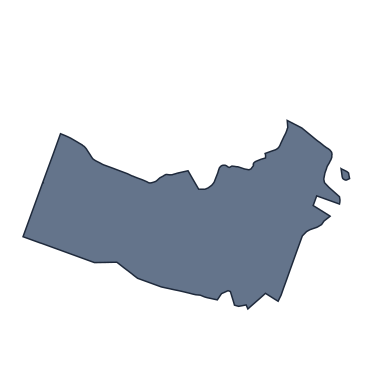 outline of Kitaf wa Al Boqa', Sa`dah, Yemen, rotated 200°
{"feature_id": "15242507B97020865976232", "entity_name": "Kitaf wa Al Boqa'", "entity_type": "district", "adm_level": 2, "iso_a3": "YEM", "parent_name": "Yemen", "parent_adm1": "Sa`dah", "projection": "robinson", "projection_center": [44.286, 17.087], "detail": "fine", "context": "isolated", "style": "filled", "palette": "slate", "viewbox_px": 384, "rotation_deg": 200, "n_neighbors": 0, "source": "geoboundaries", "source_scale": "gbopen_adm2", "svg_char_len": 4291}
<svg xmlns="http://www.w3.org/2000/svg" viewBox="0 0 384 384"><g transform="rotate(200 192 192)"><path d="M335.5,92.2L330.5,92.2L328.5,92.2L327.7,92.2L318.6,92.2L317.6,92.2L315.3,92.3L310.9,92.3L304.7,92.3L298.2,92.3L291.8,92.3L285.3,92.3L278.9,92.3L275.9,92.3L272.4,92.3L266.0,92.3L259.5,92.3L254.3,94.3L249.8,96.0L243.9,98.3L238.6,100.3L234.5,99.0L230.3,97.6L226.1,96.3L221.9,95.0L217.8,93.6L213.6,92.3L207.3,92.3L201.8,92.3L196.3,92.3L196.2,92.3L195.7,92.3L194.7,92.3L188.4,92.3L183.9,92.9L178.9,93.6L178.7,93.6L174.3,94.2L172.4,94.5L169.6,94.9L164.6,95.5L162.6,95.7L160.2,96.0L156.7,96.3L153.5,96.7L148.9,97.9L144.4,97.7L141.6,97.9L137.2,98.5L134.8,98.8L131.3,99.3L130.4,103.0L129.5,106.6L126.7,109.3L124.4,111.6L121.9,111.6L119.1,107.9L114.8,102.2L113.4,100.2L109.1,100.5L106.0,102.3L102.5,104.4L99.5,101.2L97.7,104.6L94.8,109.9L92.2,114.6L88.3,121.9L80.9,120.3L77.7,119.6L77.2,119.5L73.7,118.8L73.4,122.0L73.0,125.5L73.1,133.3L73.1,134.8L73.1,135.9L73.1,138.0L73.1,140.7L73.2,153.2L73.3,172.5L73.3,179.1L73.3,188.5L70.8,194.0L68.3,196.9L62.2,201.9L59.1,205.7L58.4,208.4L58.0,209.9L53.9,216.5L54.1,216.6L73.5,220.7L73.5,225.1L73.5,231.0L72.6,231.0L52.5,231.1L49.3,231.1L49.6,233.0L50.2,235.1L51.8,238.0L64.9,243.2L70.7,246.1L72.6,249.2L73.6,255.4L73.6,260.0L73.7,260.8L73.7,262.7L73.6,262.8L73.5,263.5L73.3,264.6L73.1,265.5L73.0,266.2L72.9,266.5L72.9,267.2L72.8,268.1L72.6,269.2L72.5,269.8L72.5,271.1L72.5,271.7L72.5,272.4L72.8,273.3L73.2,274.4L73.3,275.3L73.8,276.1L74.1,276.7L74.5,277.2L75.0,277.5L75.9,278.1L76.4,278.4L77.0,278.7L78.3,279.1L79.3,279.4L80.1,279.5L80.7,279.6L81.7,279.9L81.8,279.9L82.3,280.1L83.1,280.3L83.8,280.5L84.4,280.7L85.2,281.0L86.3,281.4L87.0,281.6L87.8,281.9L88.7,282.2L89.0,282.3L90.9,282.8L91.9,283.1L93.1,283.5L110.6,289.7L127.0,291.8L125.9,289.4L124.0,285.2L124.1,284.1L124.1,283.5L124.0,282.9L124.0,282.0L124.0,280.9L124.0,280.0L124.2,277.9L124.5,275.8L125.2,268.2L125.3,265.8L125.7,263.9L126.4,262.2L127.9,260.3L131.5,257.4L136.5,253.2L135.8,252.3L135.4,251.6L134.8,249.9L134.6,249.1L138.3,246.4L141.2,243.8L142.9,242.2L143.9,240.4L143.9,240.2L144.0,239.9L143.9,239.4L143.9,239.0L143.8,238.8L143.7,238.6L143.4,238.4L143.4,238.0L143.4,237.7L143.4,237.4L144.1,235.2L144.4,234.0L145.5,232.8L146.6,232.2L147.6,232.1L149.9,231.7L150.6,231.6L154.6,231.5L157.3,231.4L157.5,231.4L157.9,231.3L158.5,231.1L159.1,230.9L159.8,230.8L160.4,230.7L161.0,230.6L161.6,230.4L162.3,230.3L163.0,230.1L163.4,230.0L164.1,229.2L164.6,228.6L165.1,228.0L165.7,227.8L166.3,227.8L167.3,228.0L168.4,228.4L169.8,228.5L170.4,228.4L171.1,228.1L171.7,227.9L172.3,227.6L172.8,227.2L173.3,226.7L173.7,226.1L174.0,225.5L174.2,224.9L174.5,224.1L174.5,223.4L174.5,222.7L174.5,221.9L174.5,221.2L174.4,220.5L174.4,219.9L174.3,219.1L174.5,211.4L174.5,210.2L174.5,209.4L174.6,208.6L174.9,207.5L175.8,205.0L178.2,201.4L179.9,199.8L180.8,199.0L186.7,196.9L186.9,197.1L192.9,202.1L195.9,204.6L203.0,210.6L211.3,205.3L211.3,205.2L212.1,204.8L213.5,203.7L215.6,202.2L216.6,201.4L217.0,201.2L217.6,201.0L218.3,200.7L219.1,200.4L219.8,200.3L220.4,200.1L221.1,200.0L221.9,199.8L222.4,199.6L222.7,199.3L223.3,198.7L223.7,198.3L224.3,197.4L224.6,197.0L225.1,196.5L225.7,195.8L226.2,195.2L226.5,195.0L226.8,194.7L227.2,194.0L227.6,193.3L227.9,192.7L228.1,192.3L229.0,190.6L229.4,190.0L229.5,189.9L230.0,189.3L230.7,188.7L231.6,188.0L232.7,187.2L233.9,186.4L234.8,186.1L235.4,185.9L235.8,185.9L236.3,185.9L237.1,186.1L238.2,186.2L239.3,186.3L241.0,186.4L243.2,186.5L244.8,186.5L245.2,186.5L245.5,186.5L247.2,186.5L248.0,186.5L251.7,186.6L253.0,186.7L253.9,186.6L258.7,187.1L267.3,187.2L268.6,187.2L274.8,187.3L277.0,187.3L279.2,187.3L281.4,187.3L284.5,187.3L285.7,187.4L288.1,187.8L290.7,188.1L292.4,188.3L294.2,188.6L295.3,188.9L296.1,189.1L296.9,189.5L297.5,189.9L299.0,191.0L300.5,192.2L302.4,193.6L304.8,195.4L305.9,196.3L307.6,197.3L308.6,197.8L309.1,198.0L310.1,198.2L311.0,198.5L311.3,198.7L313.0,199.0L314.7,199.3L317.2,199.8L317.8,199.9L324.4,201.1L327.5,201.4L330.2,201.6L335.5,201.8L335.4,181.6L335.5,150.7L335.0,149.9L335.5,149.8L335.5,107.7L335.5,92.2ZM50.8,256.2L48.5,258.5L50.1,261.1L51.4,263.4L53.5,264.2L54.6,264.3L56.1,264.5L59.5,264.8L59.9,264.9L56.1,257.7L55.1,256.4L54.1,255.9L53.3,255.8L52.5,255.7L51.4,255.8L50.8,256.2Z" fill="#64748b" stroke="#1e293b" stroke-width="1.5"/></g></svg>